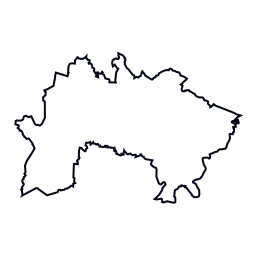 the district of San Pablo Anicano, Puebla, Mexico
{"feature_id": "50627088B54927007097368", "entity_name": "San Pablo Anicano", "entity_type": "district", "adm_level": 2, "iso_a3": "MEX", "parent_name": "Mexico", "parent_adm1": "Puebla", "projection": "albers", "projection_center": [-98.14, 18.141], "detail": "fine", "context": "isolated", "style": "outline", "palette": "ink", "viewbox_px": 256, "rotation_deg": 0, "n_neighbors": 0, "source": "geoboundaries", "source_scale": "gbopen_adm2", "svg_char_len": 5781}
<svg xmlns="http://www.w3.org/2000/svg" viewBox="0 0 256 256"><path d="M44.6,90.1L44.3,90.4L44.7,91.3L45.8,92.2L45.5,95.2L43.0,97.3L43.2,100.4L44.8,101.5L44.9,117.6L41.9,123.9L39.8,125.6L38.2,125.0L35.8,124.8L35.0,124.1L31.2,116.2L29.1,117.1L28.0,116.9L25.9,115.8L25.3,115.9L23.9,116.6L23.0,119.4L22.4,120.0L20.7,120.6L20.0,120.5L18.4,120.7L16.9,120.4L15.8,120.9L15.7,121.3L15.4,124.0L15.8,124.5L18.6,125.3L18.8,125.6L18.4,127.3L17.7,128.0L18.6,128.9L19.6,129.4L19.8,130.0L19.6,130.6L21.4,130.8L22.8,133.3L22.6,134.4L24.2,136.3L24.3,136.8L25.5,137.5L26.5,138.9L28.5,138.5L29.0,138.7L32.6,143.6L32.4,144.3L32.9,144.6L34.6,148.5L31.5,153.7L26.6,161.3L25.0,165.8L25.5,172.3L24.4,173.8L25.6,175.2L25.1,175.7L24.8,176.6L23.8,177.1L23.6,177.9L23.8,178.4L23.7,178.8L23.0,179.1L22.5,180.0L22.2,181.0L22.8,182.4L22.8,182.9L23.7,183.8L23.8,184.1L23.2,185.6L21.9,187.2L22.3,189.1L22.0,189.4L21.2,189.6L22.0,190.6L21.9,192.0L22.3,193.0L22.5,195.1L22.3,195.5L36.0,188.2L37.5,188.1L38.5,189.2L47.1,195.3L57.6,192.2L58.5,190.0L60.3,189.9L60.8,190.5L61.9,190.1L64.1,189.9L65.4,188.7L67.6,188.5L67.9,188.0L69.2,187.4L71.1,185.7L72.3,185.8L73.1,186.4L73.2,183.8L75.2,183.1L74.1,181.8L74.5,178.0L73.9,177.6L73.4,177.5L73.9,164.0L74.6,163.8L77.8,164.2L77.9,163.0L77.5,161.8L77.0,161.4L77.2,160.5L77.8,159.7L78.6,159.4L79.5,157.9L78.7,157.0L79.0,156.0L78.8,153.5L79.1,152.7L78.9,151.8L79.6,147.9L79.7,147.6L81.8,148.2L82.4,149.3L83.6,150.5L85.0,151.3L85.5,151.1L86.0,149.1L87.2,148.0L86.8,146.1L85.5,145.5L86.2,142.7L87.9,142.8L90.2,142.1L90.6,144.6L93.2,142.2L93.5,143.5L95.5,143.8L96.1,144.5L97.7,143.9L98.3,145.0L99.0,145.5L99.9,145.5L99.7,146.6L103.8,147.0L104.6,146.4L105.4,146.8L105.3,145.8L105.8,145.8L107.5,146.0L107.7,147.4L110.5,147.3L110.6,147.6L111.9,147.9L113.5,147.9L113.8,148.5L114.1,150.8L114.7,151.2L114.9,150.9L114.6,149.3L114.8,148.8L115.1,149.9L115.9,150.7L116.6,153.0L116.2,153.5L116.5,154.0L117.7,154.1L118.7,154.7L120.6,155.5L121.1,155.3L121.0,154.7L121.3,154.0L122.2,154.8L123.7,154.5L123.4,152.7L124.1,151.7L124.2,150.6L125.0,152.0L125.9,152.4L126.6,153.7L127.6,154.2L128.1,154.3L129.1,153.7L130.6,153.6L130.8,154.2L131.4,154.6L132.8,155.1L135.7,154.7L136.2,155.7L135.7,157.0L140.3,155.3L140.4,154.4L141.2,154.4L141.8,155.9L142.3,156.3L143.7,156.8L144.6,158.4L145.5,159.1L152.4,160.3L151.3,162.7L151.0,164.1L151.9,165.6L154.4,167.4L156.0,167.8L156.3,168.4L156.6,169.7L156.4,176.7L158.7,183.0L159.1,183.6L159.9,184.1L161.1,184.5L161.7,184.0L162.6,182.7L163.3,182.2L163.9,182.2L164.6,182.4L164.9,182.7L165.5,184.4L165.4,184.9L162.8,187.4L161.9,190.5L159.2,194.6L156.1,197.8L154.7,199.0L156.4,199.5L161.6,198.7L162.4,201.0L162.5,201.4L162.1,202.0L162.6,202.2L163.5,202.4L167.1,201.3L172.9,202.6L174.3,202.7L174.9,202.4L175.4,202.0L175.3,198.1L174.9,197.0L174.2,196.5L174.8,190.7L175.3,189.9L177.1,189.1L177.7,188.6L179.0,186.6L180.9,186.4L181.0,185.5L181.6,185.3L182.6,185.5L181.5,185.5L183.8,186.0L184.8,185.8L185.3,186.0L184.5,186.7L184.9,187.3L186.3,187.6L192.2,195.1L191.9,195.5L193.7,196.8L194.3,197.1L196.6,197.2L198.1,196.7L198.9,196.1L199.4,194.1L199.1,190.0L197.1,186.7L195.9,184.1L195.0,183.4L193.1,182.4L193.0,181.4L194.5,180.3L196.2,179.5L197.7,179.4L200.4,178.4L201.1,177.2L201.8,176.8L203.9,172.3L205.4,170.1L205.8,168.4L205.5,167.5L203.8,164.6L202.8,160.4L202.6,158.5L203.8,157.8L206.6,157.6L207.6,157.7L208.8,158.4L209.5,158.5L210.2,156.8L209.6,154.3L210.0,154.1L213.6,152.8L215.0,151.9L216.9,151.8L218.6,150.1L219.7,149.4L221.6,149.3L225.4,148.7L226.4,147.2L227.3,143.7L228.8,141.2L230.0,138.4L229.6,134.3L229.8,134.0L230.6,133.8L231.3,134.1L232.7,134.2L233.0,132.5L234.0,131.9L234.0,128.8L233.2,127.8L233.2,126.9L235.7,126.9L235.7,126.2L235.1,124.7L235.6,124.7L236.1,123.7L236.0,123.4L234.2,123.5L231.9,122.4L231.8,121.7L233.0,120.9L234.4,121.2L235.0,121.0L236.3,121.2L236.4,122.4L237.0,121.9L237.2,122.2L237.0,122.7L238.5,123.3L238.7,122.5L238.2,120.8L237.8,120.4L237.9,119.8L237.2,119.3L237.1,119.7L235.3,119.4L237.7,117.0L240.6,115.5L236.7,114.4L233.9,112.8L215.4,105.6L213.7,104.2L212.3,105.9L211.1,106.3L210.9,106.9L210.3,107.1L210.4,106.1L208.0,103.8L207.9,102.5L208.1,101.6L206.8,100.8L204.3,100.3L203.8,98.7L202.5,97.4L199.2,97.4L196.7,96.4L195.3,95.2L194.9,94.1L192.7,93.0L191.6,92.1L190.7,91.6L190.0,91.6L188.6,90.0L185.6,90.8L185.7,90.4L184.9,90.6L184.3,90.8L183.9,91.4L182.2,91.0L181.6,89.1L182.6,85.8L180.7,84.5L182.3,83.4L183.2,82.2L186.4,79.4L186.9,78.5L183.7,76.6L180.5,75.5L180.1,74.0L179.1,72.5L176.6,71.9L174.2,70.7L172.7,70.6L171.9,69.4L170.6,68.6L170.0,68.7L169.2,69.3L168.8,70.2L167.6,70.0L164.9,70.4L161.6,71.9L158.9,73.5L158.3,75.1L157.9,75.4L156.2,75.6L156.0,75.9L156.1,76.4L155.6,76.5L154.8,77.5L153.5,78.0L152.6,79.4L151.3,79.4L145.3,75.5L143.9,73.3L142.3,71.3L141.7,72.5L140.8,75.9L140.2,76.0L138.9,76.8L138.4,77.5L136.3,76.8L134.3,78.2L134.2,75.3L132.8,74.9L128.5,69.3L126.8,68.0L124.8,64.1L124.7,61.4L125.5,60.1L125.4,59.2L125.0,59.1L124.5,58.2L124.8,57.7L122.9,55.4L118.3,53.3L118.5,56.1L119.1,57.1L118.9,58.2L118.3,59.0L117.1,59.0L116.4,58.4L114.0,59.1L113.7,59.8L113.1,59.9L112.6,60.5L112.1,63.2L112.9,66.4L114.8,64.7L117.2,68.2L118.0,68.5L118.7,68.1L116.2,72.2L115.3,80.9L115.8,82.5L109.4,82.3L109.5,80.7L109.3,79.6L108.8,79.3L105.4,78.5L103.8,74.6L102.8,74.2L102.7,72.5L102.1,71.8L100.9,73.7L99.2,73.7L98.1,72.5L97.6,73.0L98.2,77.3L95.9,76.4L96.9,74.3L97.2,72.8L96.9,72.5L95.6,73.5L93.8,70.6L94.2,70.0L94.2,68.6L93.5,67.9L92.3,67.7L91.7,64.3L90.2,63.4L88.9,63.7L88.6,62.9L89.2,62.7L89.6,62.1L89.6,60.2L88.1,60.0L87.8,59.8L87.5,59.1L86.7,58.8L86.1,57.9L86.3,56.3L85.4,57.3L82.7,58.9L80.6,58.8L78.1,58.2L77.9,57.4L77.3,57.3L75.0,60.5L74.9,63.6L72.0,63.3L69.9,63.8L68.8,65.6L68.4,67.4L68.1,72.9L68.5,72.9L67.5,76.2L55.9,72.6L55.2,75.9L55.1,77.4L53.5,85.8L47.3,89.3L44.6,90.1Z" fill="none" stroke="#020617" stroke-width="2"/></svg>